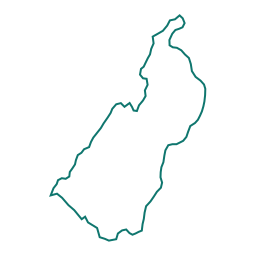 Wenceslau Braz, Minas Gerais, Brazil (Equal Earth projection)
{"feature_id": "56859067B98863111955151", "entity_name": "Wenceslau Braz", "entity_type": "district", "adm_level": 2, "iso_a3": "BRA", "parent_name": "Brazil", "parent_adm1": "Minas Gerais", "projection": "equal_earth", "projection_center": [-45.398, -22.544], "detail": "fine", "context": "isolated", "style": "outline", "palette": "teal", "viewbox_px": 256, "rotation_deg": 0, "n_neighbors": 0, "source": "geoboundaries", "source_scale": "gbopen_adm2", "svg_char_len": 1523}
<svg xmlns="http://www.w3.org/2000/svg" viewBox="0 0 256 256"><path d="M179.6,15.4L175.0,19.3L169.9,20.4L167.2,25.6L162.9,30.8L157.9,33.7L152.7,36.6L153.6,43.4L151.2,48.9L150.0,54.4L147.8,58.2L145.7,62.5L143.7,66.7L141.0,68.9L140.0,74.6L143.0,78.3L146.6,78.8L147.6,84.8L144.9,90.4L145.6,96.0L143.0,100.5L139.0,105.3L136.9,111.0L133.6,110.5L132.0,106.9L129.6,103.0L124.5,106.8L120.8,103.1L116.2,104.3L112.3,108.8L110.6,113.0L107.7,117.5L103.6,123.4L100.9,128.0L97.1,132.8L93.3,137.6L91.0,141.9L89.1,147.1L84.1,149.2L81.4,152.8L77.8,155.1L75.9,160.2L75.0,164.4L72.5,168.2L69.8,172.0L69.3,176.5L65.7,178.8L61.8,178.2L58.0,180.2L56.7,184.1L53.5,188.2L50.7,195.4L57.0,193.7L62.1,197.8L68.4,205.1L74.2,210.1L81.7,219.2L85.1,216.7L88.0,222.4L97.1,228.0L99.7,237.2L104.8,238.8L108.9,240.6L116.2,239.2L117.9,233.5L122.1,230.4L126.2,229.5L129.5,233.1L132.5,234.7L135.5,233.5L138.6,231.9L141.8,230.6L142.6,224.0L143.8,219.0L144.6,212.6L146.1,206.2L150.5,201.4L153.8,196.6L156.9,191.8L160.9,187.7L162.1,182.6L160.5,177.3L160.7,172.1L161.4,167.2L163.4,162.2L164.4,155.4L165.4,150.3L168.3,145.2L172.4,144.2L176.5,144.2L180.1,142.4L183.2,140.8L186.4,136.9L188.1,131.8L190.3,126.0L195.0,123.0L197.9,119.8L200.0,115.7L201.9,111.4L203.4,106.3L204.4,101.5L205.1,95.2L205.3,88.8L204.0,84.5L200.5,80.6L195.6,76.9L191.9,71.1L190.8,64.0L188.9,58.0L184.9,54.4L181.3,50.3L176.9,47.8L172.8,47.3L169.6,45.3L169.4,40.0L172.3,33.7L175.4,30.0L179.1,28.8L182.5,27.3L184.6,23.1L182.7,18.3L179.6,15.4Z" fill="none" stroke="#0f766e" stroke-width="2"/></svg>